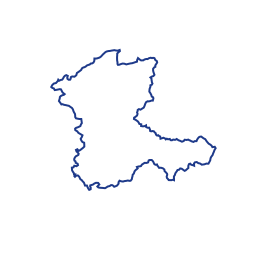 the district of Mococa, São Paulo, Brazil, rotated 33°
{"feature_id": "56859067B41359481852892", "entity_name": "Mococa", "entity_type": "district", "adm_level": 2, "iso_a3": "BRA", "parent_name": "Brazil", "parent_adm1": "São Paulo", "projection": "mercator", "projection_center": [-47.017, -21.449], "detail": "fine", "context": "isolated", "style": "outline", "palette": "blue", "viewbox_px": 256, "rotation_deg": 33, "n_neighbors": 0, "source": "geoboundaries", "source_scale": "gbopen_adm2", "svg_char_len": 4966}
<svg xmlns="http://www.w3.org/2000/svg" viewBox="0 0 256 256"><g transform="rotate(33 128 128)"><path d="M133.9,91.5L133.2,89.4L132.4,88.6L130.8,88.7L129.4,87.5L127.6,86.5L126.1,85.9L125.5,84.8L124.8,83.4L124.3,81.1L123.5,80.0L124.4,78.7L124.3,77.4L123.1,76.6L122.4,75.7L121.5,74.8L120.7,73.7L119.3,73.4L119.9,72.0L121.0,70.6L121.2,69.0L118.6,67.0L117.5,65.8L116.8,64.6L117.0,62.8L117.6,61.8L116.8,60.6L116.8,57.2L115.8,56.2L113.9,56.1L112.1,55.0L110.8,55.5L110.1,56.3L108.8,56.7L107.6,58.0L106.9,59.5L105.7,60.2L104.5,61.6L104.0,62.9L103.0,63.6L102.1,64.2L100.7,64.2L98.3,63.9L98.6,65.8L99.4,67.5L98.1,69.0L97.2,70.2L96.1,71.5L95.1,72.3L94.0,73.4L91.9,75.6L90.1,76.0L88.5,76.8L87.5,77.9L86.2,79.7L85.2,80.5L84.3,80.0L83.4,78.6L82.2,77.4L81.2,76.0L80.2,74.5L79.3,72.8L78.4,71.4L78.7,69.9L79.3,67.9L78.5,67.1L77.2,68.8L75.6,69.6L74.2,70.1L72.0,72.1L70.9,73.2L69.6,74.2L68.3,75.6L67.7,76.8L67.2,78.8L66.9,79.9L66.7,81.2L66.4,82.9L65.8,84.4L65.0,85.4L64.2,86.4L63.2,87.3L62.0,88.0L63.2,90.1L63.4,91.9L62.8,93.3L61.6,94.3L61.3,95.7L60.3,96.8L59.4,98.1L59.1,99.4L58.4,100.7L57.6,101.5L56.9,103.0L57.1,104.8L56.7,106.0L56.1,107.6L55.2,109.7L55.9,111.9L55.2,114.1L53.1,115.2L52.4,116.4L53.0,117.7L53.2,118.9L52.1,119.8L50.6,119.8L49.7,119.0L49.1,117.1L47.4,117.3L46.6,118.7L46.4,120.3L46.6,121.9L46.5,123.3L45.3,124.5L44.5,125.9L43.2,125.5L43.5,127.0L43.1,129.5L41.6,131.1L41.1,133.1L41.3,135.4L42.7,135.6L44.2,135.2L45.9,136.1L47.5,134.7L49.6,132.6L50.7,132.1L53.7,133.8L55.1,134.0L56.4,134.1L56.1,135.2L55.2,136.1L54.2,137.8L54.0,139.1L54.7,140.5L55.4,143.0L57.4,143.7L59.3,144.5L60.1,143.7L61.7,143.4L63.6,142.6L64.8,142.2L66.3,141.6L68.5,141.7L70.0,141.7L71.7,142.4L73.0,143.5L74.1,144.2L75.9,145.1L76.9,146.3L77.8,147.6L79.1,148.2L80.5,147.7L82.4,146.9L83.9,145.9L86.6,149.0L86.6,150.7L87.0,152.3L86.2,153.7L85.4,154.9L84.4,156.1L84.0,157.3L84.8,158.4L86.2,158.5L87.3,158.4L89.0,159.1L93.8,158.9L94.2,160.7L94.2,162.9L95.7,163.9L97.5,164.6L99.2,164.2L100.0,165.2L101.5,167.4L101.1,169.1L100.5,170.9L99.9,172.6L99.1,174.0L97.1,173.4L96.3,174.7L97.6,175.7L99.0,175.9L100.6,176.4L101.0,177.6L100.4,178.9L99.7,180.0L99.5,181.7L99.8,183.4L100.8,184.5L102.2,184.6L103.1,185.7L105.2,185.4L106.3,186.4L105.6,188.1L103.5,188.9L103.7,190.7L102.5,191.8L104.0,193.8L105.5,194.7L106.8,195.1L107.8,196.1L108.9,195.6L109.1,197.5L110.1,197.8L110.5,196.1L111.8,195.1L113.5,195.4L116.0,196.9L117.6,196.9L118.9,197.4L120.8,197.8L122.0,198.7L123.3,199.7L124.9,198.6L126.1,199.5L127.6,200.4L129.1,201.0L130.0,199.7L129.2,198.3L128.2,197.8L127.6,196.7L128.5,195.6L129.4,194.6L130.0,192.9L131.0,191.4L132.9,190.3L134.7,191.0L134.4,192.2L134.2,193.8L135.5,194.0L137.0,193.4L139.5,192.0L141.5,191.0L142.2,189.7L142.8,188.2L144.2,186.7L144.9,185.1L146.0,184.5L147.3,184.5L148.4,184.8L149.4,183.5L150.2,182.2L150.4,179.8L149.6,178.6L149.6,176.8L151.0,176.5L152.0,176.1L153.0,175.6L154.0,174.4L155.2,173.4L156.5,172.1L157.9,171.6L158.9,170.8L159.1,169.0L158.4,167.2L158.0,165.9L157.4,164.7L157.7,163.1L157.1,160.7L157.3,159.1L157.8,157.8L158.1,156.6L156.7,155.8L157.8,154.5L158.7,153.8L159.6,152.9L159.6,151.1L160.1,150.0L160.9,148.2L162.6,147.2L163.6,145.9L163.0,143.9L163.6,143.0L165.3,141.9L167.3,142.4L168.4,143.1L169.7,143.9L171.0,143.9L172.2,142.8L173.0,143.5L174.1,143.8L175.8,144.5L177.2,143.4L179.2,142.8L181.1,143.0L182.1,144.2L184.1,144.6L185.7,145.1L186.4,145.9L186.9,147.7L187.9,148.7L189.2,149.0L190.5,149.5L192.7,148.2L193.9,146.9L195.0,146.7L194.3,145.6L193.6,144.7L192.9,143.6L192.9,141.8L192.4,140.3L192.4,139.0L192.5,137.6L192.4,136.3L193.6,135.1L193.8,133.5L195.2,132.9L197.3,133.0L198.8,133.1L199.4,132.2L199.9,130.3L200.4,128.7L199.2,126.9L198.8,125.1L199.6,124.0L201.0,124.4L202.8,123.8L204.0,123.6L202.7,121.9L202.8,120.4L204.2,119.1L206.1,119.2L207.5,118.6L208.6,118.5L209.8,118.6L211.8,116.9L213.1,115.2L214.9,114.1L214.6,110.4L214.0,109.1L213.6,107.9L213.5,106.5L213.7,104.8L213.2,102.7L213.0,101.3L212.7,100.1L212.5,98.9L212.5,97.2L211.0,96.5L209.2,98.1L207.7,97.3L206.1,97.1L204.2,97.2L201.4,96.4L198.9,95.3L196.9,95.5L194.1,95.3L193.2,96.0L192.5,97.1L192.3,98.6L192.3,100.1L192.6,101.7L191.1,102.7L190.5,104.0L188.4,104.6L187.2,104.6L186.1,104.9L184.9,104.9L183.7,106.1L181.9,107.0L181.8,108.6L180.7,110.1L178.5,110.4L177.0,110.8L174.8,110.7L174.3,111.9L173.2,112.7L172.2,113.1L171.5,114.4L170.3,115.0L169.0,114.4L167.7,115.7L166.4,115.8L165.9,117.0L164.8,116.6L163.0,116.9L162.0,118.2L161.1,119.3L159.6,117.6L158.4,117.8L157.3,117.6L156.6,118.5L155.0,118.3L154.1,117.3L153.0,117.2L151.5,116.7L150.2,117.2L149.2,118.2L148.1,118.4L147.5,117.5L145.6,116.2L144.3,117.1L142.7,117.3L141.7,116.0L141.0,117.3L139.6,118.5L137.9,119.2L137.1,117.7L135.3,118.4L134.0,117.6L132.6,117.1L129.9,117.0L128.1,117.2L127.5,116.0L128.1,114.8L128.8,112.6L128.3,110.9L127.1,110.0L126.9,108.8L126.3,107.5L126.9,106.2L128.5,105.8L130.1,102.3L129.8,100.3L129.3,98.4L129.1,96.5L129.9,94.9L130.9,94.4L132.1,93.2L132.7,92.2L133.9,91.5Z" fill="none" stroke="#1e3a8a" stroke-width="2"/></g></svg>